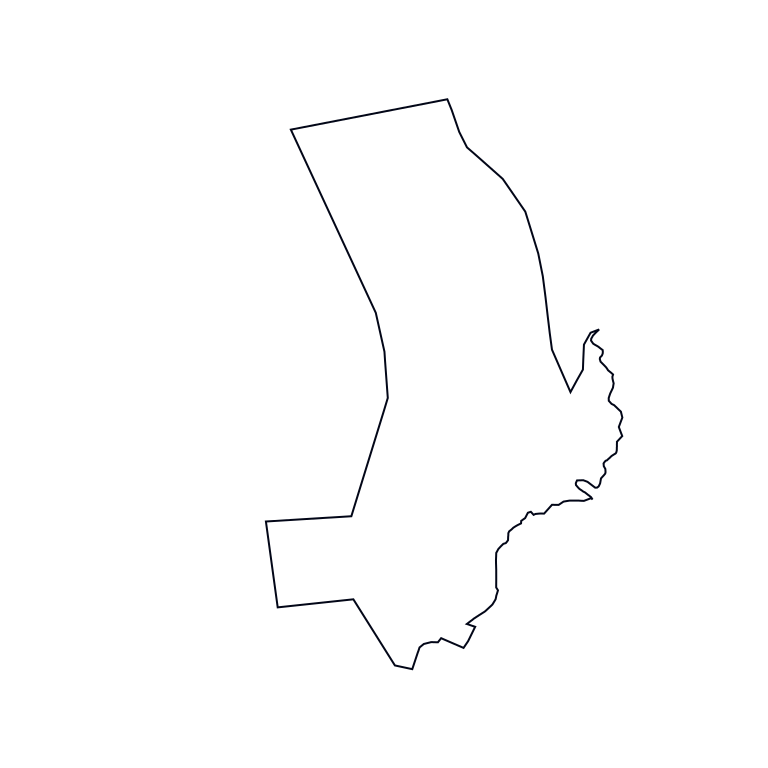 Badr, Al Buhayrah, Egypt (Albers equal-area conic projection), rotated 55°
{"feature_id": "37247803B14038420995681", "entity_name": "Badr", "entity_type": "district", "adm_level": 2, "iso_a3": "EGY", "parent_name": "Egypt", "parent_adm1": "Al Buhayrah", "projection": "albers", "projection_center": [30.722, 30.547], "detail": "fine", "context": "isolated", "style": "outline", "palette": "ink", "viewbox_px": 768, "rotation_deg": 55, "n_neighbors": 0, "source": "geoboundaries", "source_scale": "gbopen_adm2", "svg_char_len": 3213}
<svg xmlns="http://www.w3.org/2000/svg" viewBox="0 0 768 768"><g transform="rotate(55 384 384)"><path d="M122.2,314.4L251.5,337.5L321.0,349.9L357.8,365.1L365.7,369.9L369.9,372.4L383.5,380.5L397.6,388.9L405.7,399.2L432.1,433.2L451.9,458.7L452.7,459.7L452.9,460.0L473.6,486.6L462.6,504.6L462.2,505.2L428.9,559.6L506.0,599.2L542.8,532.6L620.8,536.5L633.8,524.4L623.1,510.0L622.6,509.2L620.2,506.0L619.8,500.5L622.5,493.4L626.5,488.0L625.0,483.0L636.4,476.0L645.8,470.2L642.9,462.6L635.4,449.0L635.2,448.6L628.1,453.8L627.9,448.7L627.9,447.2L627.7,444.9L627.8,443.1L627.8,441.7L627.9,440.0L627.9,439.9L627.9,438.7L628.0,437.0L628.1,434.4L628.2,432.9L628.2,431.4L627.7,427.8L627.1,423.3L626.8,421.6L626.1,420.0L625.1,417.7L624.3,416.0L623.0,414.6L621.8,413.4L620.3,411.4L618.4,409.0L615.0,408.8L608.1,403.9L600.5,398.6L596.7,396.1L595.0,395.0L593.7,394.1L592.5,393.3L591.2,392.3L589.5,391.0L588.3,390.1L586.7,388.9L586.0,387.4L584.8,385.1L584.5,383.8L583.9,381.0L583.4,377.9L584.2,375.5L584.0,374.9L583.8,374.0L583.1,372.0L581.8,371.0L580.3,369.9L580.2,369.8L580.1,369.7L579.3,369.0L577.5,367.7L576.5,366.0L576.4,364.4L576.3,362.9L576.1,361.6L575.9,360.5L576.0,358.0L576.2,355.6L576.8,351.7L574.8,350.1L574.8,345.3L572.0,340.0L572.9,337.0L577.0,336.5L577.3,334.5L578.0,333.3L578.6,332.2L579.6,330.5L580.5,329.2L582.0,327.2L581.1,323.3L579.3,315.7L583.2,310.3L583.3,304.4L585.5,299.8L586.0,298.8L589.9,293.2L590.8,291.9L592.8,289.4L594.4,287.3L595.5,283.0L596.3,279.8L598.2,279.4L595.4,279.3L594.1,279.7L592.7,280.1L592.3,280.3L589.6,281.1L588.2,281.5L587.6,281.8L586.4,282.5L585.1,282.9L582.0,284.1L580.1,284.4L576.9,284.7L575.3,283.8L574.6,282.7L573.7,281.2L574.8,279.5L575.1,279.0L575.8,278.0L577.1,276.0L579.1,274.6L580.9,273.4L583.1,272.7L588.1,271.1L590.0,270.5L591.1,268.9L591.0,266.9L589.8,264.7L589.3,263.9L587.5,262.1L585.8,260.4L585.2,257.8L584.9,256.4L584.3,254.2L583.3,253.1L582.0,252.3L581.7,252.1L580.5,251.4L577.4,251.1L575.0,249.7L574.4,248.1L574.0,246.5L574.4,245.2L574.1,243.1L573.9,241.1L573.7,240.3L573.5,238.7L573.6,236.3L573.7,233.9L573.3,233.0L572.0,231.5L570.3,230.2L569.8,229.9L569.0,229.2L568.0,228.5L566.8,227.7L566.6,227.5L565.8,226.9L564.9,226.3L563.3,218.7L560.0,217.9L557.7,217.3L556.5,217.0L553.9,216.3L551.0,212.1L548.2,208.0L542.5,205.8L538.6,206.6L535.8,207.1L535.6,207.2L533.4,207.6L530.8,209.0L528.3,209.3L526.7,209.5L524.4,208.0L522.8,205.9L521.5,204.1L519.3,200.2L518.3,198.5L516.8,197.1L515.2,195.5L513.0,194.7L510.8,193.8L509.1,192.8L507.6,190.9L504.7,191.6L503.4,192.0L503.0,192.1L501.3,192.6L499.7,192.5L497.8,192.5L495.1,192.9L492.2,193.4L489.9,193.8L487.3,192.9L486.2,191.8L485.7,189.2L484.5,187.4L483.2,186.3L481.6,185.4L481.0,185.6L480.2,185.9L478.3,186.5L476.5,187.0L474.7,187.8L473.3,188.5L471.0,189.5L469.3,189.5L467.2,189.5L465.7,188.2L464.8,186.2L464.2,185.1L463.7,182.6L463.4,181.0L463.0,178.5L463.0,178.0L462.7,176.5L460.5,185.4L466.4,197.6L478.5,206.9L486.3,212.8L491.6,223.9L497.6,235.9L452.2,226.7L437.3,219.0L429.1,214.6L422.9,211.3L405.7,202.0L401.9,200.0L386.8,192.1L365.6,182.8L336.4,173.4L323.9,169.4L300.8,169.2L284.1,169.1L250.2,177.2L237.8,180.3L220.7,177.8L198.4,171.4L187.1,168.8L122.2,314.4Z" fill="none" stroke="#020617" stroke-width="2"/></g></svg>